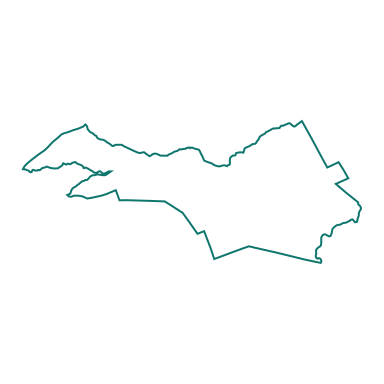 Kasarani, Nairobi, Kenya (orthographic projection)
{"feature_id": "3690345B25272410242240", "entity_name": "Kasarani", "entity_type": "district", "adm_level": 2, "iso_a3": "KEN", "parent_name": "Kenya", "parent_adm1": "Nairobi", "projection": "orthographic", "projection_center": [36.978, -1.252], "detail": "fine", "context": "isolated", "style": "outline", "palette": "teal", "viewbox_px": 384, "rotation_deg": 0, "n_neighbors": 0, "source": "geoboundaries", "source_scale": "gbopen_adm2", "svg_char_len": 4425}
<svg xmlns="http://www.w3.org/2000/svg" viewBox="0 0 384 384"><path d="M119.5,200.3L127.2,200.2L147.4,200.8L164.7,201.4L168.9,204.0L182.7,212.9L185.3,216.5L188.3,220.7L197.5,233.8L204.1,231.2L210.9,248.9L211.8,251.8L214.3,259.0L219.7,257.0L225.0,255.0L233.6,251.8L239.9,249.5L244.6,247.8L249.0,246.3L252.4,247.1L254.7,247.7L274.3,252.1L289.5,255.8L297.2,257.7L305.9,259.8L320.7,262.9L321.4,261.3L321.1,260.0L320.3,258.7L318.9,258.1L317.4,258.7L315.9,257.4L315.8,255.3L316.3,253.8L316.1,252.2L315.9,250.9L316.2,249.8L317.2,248.5L318.5,247.3L319.9,246.5L321.0,245.2L321.2,243.4L321.3,241.5L321.2,239.3L321.3,237.8L321.7,236.6L322.8,235.0L324.0,234.4L325.3,234.4L327.4,235.5L328.9,236.3L330.5,236.0L331.4,234.0L331.9,232.2L332.1,230.9L332.4,229.2L333.5,227.8L335.0,226.5L336.2,225.6L337.5,225.0L338.8,224.8L340.0,224.7L341.4,224.0L342.8,223.2L344.1,222.9L345.7,222.7L347.1,222.1L348.7,221.3L349.8,220.8L351.0,219.7L352.6,219.4L353.8,220.8L355.0,222.2L356.8,222.0L357.5,219.7L357.9,217.9L358.6,216.1L358.9,214.8L358.8,213.5L359.3,211.7L360.8,209.4L361.0,208.1L360.6,206.8L359.5,205.4L358.2,204.2L358.2,202.4L346.6,193.1L337.5,185.4L335.8,183.9L348.3,178.3L342.9,168.9L342.1,167.7L338.6,162.2L335.2,163.8L327.3,167.5L322.9,159.5L319.8,153.8L316.7,148.0L312.0,139.2L301.9,121.1L300.1,122.4L298.7,123.5L297.3,124.3L296.4,125.1L295.5,126.1L294.1,126.6L292.6,125.7L290.4,123.7L288.9,123.2L282.9,125.8L281.3,125.7L280.4,126.7L279.5,128.0L277.9,128.2L276.0,128.3L274.4,128.5L273.3,128.4L267.2,131.7L266.0,132.1L264.9,133.7L263.2,134.5L261.0,135.7L259.6,137.0L258.9,138.7L258.1,139.9L256.8,141.5L256.1,143.0L255.0,143.8L253.7,144.0L252.4,144.2L249.7,146.0L245.8,147.7L244.7,148.3L243.8,151.3L243.3,152.7L241.6,152.3L240.3,152.3L238.5,152.5L236.0,153.2L235.4,155.2L234.4,155.6L232.9,155.5L230.9,157.0L230.1,158.2L229.8,160.9L229.9,162.7L229.9,164.1L229.1,164.9L228.0,165.2L227.1,166.2L225.5,165.5L224.1,165.3L222.4,165.5L220.2,166.3L218.6,166.3L217.0,166.1L215.1,165.4L213.3,164.6L212.2,163.6L210.5,163.0L207.3,161.9L204.3,160.7L203.6,159.3L203.0,157.7L202.0,155.7L200.7,153.2L199.8,151.1L198.9,149.8L197.8,149.4L195.9,149.0L194.0,148.4L192.4,147.7L191.0,147.6L190.1,148.2L188.9,147.4L187.7,147.8L186.5,148.0L185.6,148.8L184.2,148.8L182.6,149.1L181.0,149.5L179.4,149.3L177.4,150.9L175.4,151.4L173.7,152.0L172.3,153.0L171.2,153.6L170.0,154.0L168.3,154.8L167.6,155.7L160.3,155.6L158.4,154.6L156.7,153.8L155.6,153.6L154.2,153.7L152.8,154.1L151.2,155.3L149.6,156.2L146.6,154.2L144.0,152.2L142.4,152.5L141.1,152.8L139.6,153.0L138.0,152.7L135.8,151.7L133.9,150.9L124.3,146.4L121.6,144.8L120.4,144.8L116.9,144.8L115.1,144.9L113.7,145.9L112.3,146.0L111.2,145.0L108.6,143.1L106.7,142.2L105.6,141.0L103.9,140.1L102.7,139.7L101.4,139.6L99.5,139.2L98.2,138.5L97.2,137.8L96.3,135.9L94.8,135.2L94.0,134.4L93.1,133.6L91.7,132.8L89.8,131.8L88.8,130.4L87.9,129.6L87.3,127.7L87.1,126.6L86.3,125.3L85.3,124.5L84.3,125.5L83.4,126.5L82.2,127.0L78.4,128.6L72.5,130.4L69.5,131.6L66.8,132.5L64.0,133.3L61.5,134.4L59.1,136.7L52.5,142.2L47.0,148.1L44.3,150.5L41.1,152.7L38.1,154.8L32.1,159.4L28.1,162.7L27.0,163.7L24.4,166.4L23.0,169.2L24.5,169.2L25.6,169.6L27.1,170.1L28.7,170.7L29.5,171.8L30.6,172.3L31.7,171.9L32.1,170.7L33.1,169.8L35.1,170.5L37.1,170.6L38.3,169.9L39.7,170.2L40.7,169.5L42.2,168.1L43.8,167.7L45.1,167.4L46.8,166.6L48.7,167.3L50.3,167.9L51.9,168.2L53.9,168.4L55.1,168.5L58.3,168.2L59.1,167.4L60.4,166.7L61.8,165.7L62.7,164.6L63.2,163.3L64.5,163.9L66.5,164.5L67.8,163.7L69.3,164.0L70.4,164.2L72.0,163.0L73.3,162.6L74.4,162.1L75.7,162.2L76.5,163.2L77.8,163.9L79.4,164.4L80.5,164.9L81.6,165.3L83.2,166.8L83.7,168.1L85.2,167.6L86.4,167.9L88.0,168.6L90.8,170.4L92.4,171.1L93.4,172.0L94.3,172.7L95.6,172.8L96.9,172.6L98.0,172.0L99.0,171.4L100.3,171.3L101.2,172.1L102.7,173.6L104.3,173.6L105.4,173.1L106.6,172.8L107.4,171.9L109.2,171.4L110.9,171.4L105.9,174.9L104.3,175.3L102.1,175.1L99.0,174.6L97.5,174.4L95.9,174.8L94.3,175.3L92.9,175.2L91.7,175.6L90.0,176.8L89.2,177.8L88.2,179.0L86.8,180.0L85.1,180.1L83.9,180.9L82.2,181.3L81.0,182.2L80.0,183.1L78.8,184.1L77.6,184.8L76.8,185.7L74.7,187.1L73.2,187.9L71.9,189.3L71.1,191.0L70.7,192.4L70.2,193.7L68.9,194.3L67.3,195.0L68.5,196.2L70.4,196.8L71.8,196.6L73.3,195.9L74.8,195.7L76.5,195.7L78.1,195.7L80.5,196.0L82.6,196.5L85.5,197.7L87.1,198.5L91.3,197.9L96.6,196.7L102.1,195.5L104.8,194.6L105.9,194.3L111.4,192.0L113.8,191.0L115.8,190.2L119.5,200.3Z" fill="none" stroke="#0f766e" stroke-width="2"/></svg>